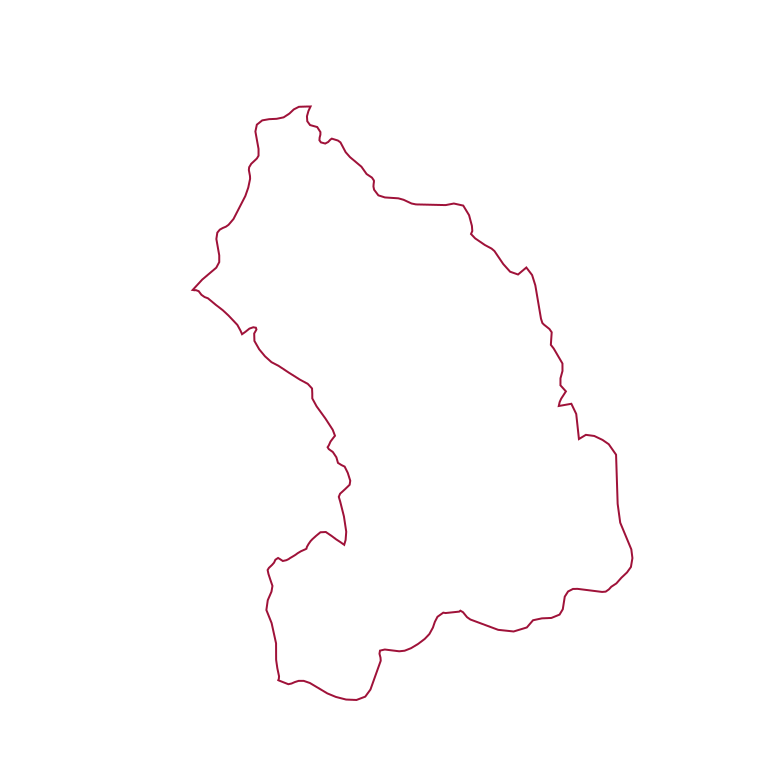 SVG path tracing the border of Eastern, rotated 341°
{"feature_id": "RWA-3493", "entity_name": "Eastern", "entity_type": "Province", "adm_level": 1, "iso_a3": "RWA", "parent_name": "Rwanda", "parent_adm1": "", "projection": "mercator", "projection_center": [30.365, -1.745], "detail": "fine", "context": "isolated", "style": "outline", "palette": "rose", "viewbox_px": 768, "rotation_deg": 341, "n_neighbors": 0, "source": "natural_earth", "source_scale": "10m", "svg_char_len": 3348}
<svg xmlns="http://www.w3.org/2000/svg" viewBox="0 0 768 768"><g transform="rotate(341 384 384)"><path d="M381.0,623.7L367.6,620.6L365.6,619.5L358.8,621.5L354.7,625.4L352.9,627.7L351.0,630.2L345.5,635.2L339.5,638.3L331.5,640.9L323.5,642.6L316.7,642.9L311.4,641.7L298.3,635.3L293.4,634.8L291.9,637.6L291.6,641.6L290.8,644.6L271.7,668.5L264.5,673.5L255.1,673.8L245.4,670.0L236.6,664.2L229.7,658.1L216.6,642.6L211.5,638.6L206.6,636.9L202.6,636.8L199.0,637.1L195.8,636.7L188.3,630.3L187.6,629.6L188.6,628.5L189.1,627.3L189.6,626.2L190.6,618.1L192.1,610.2L192.3,609.4L192.5,608.8L197.5,594.1L199.9,573.4L199.2,559.4L203.7,550.6L210.0,543.7L212.8,538.6L212.8,533.7L212.9,526.1L213.4,522.0L215.3,520.4L219.3,518.6L221.9,517.1L224.1,514.8L227.2,514.0L228.7,515.8L230.7,518.4L234.3,518.8L236.9,518.5L238.1,518.1L239.5,517.8L242.0,517.3L244.7,516.7L247.2,515.9L251.0,515.1L254.4,514.8L255.6,514.7L257.0,514.5L258.1,512.9L260.6,510.7L263.5,508.6L266.0,507.3L270.5,505.4L275.6,503.5L280.8,505.0L285.2,510.9L288.1,515.2L291.3,519.3L294.0,523.1L296.9,519.0L300.2,511.4L303.0,496.2L304.3,480.9L304.5,476.0L306.8,473.4L312.9,470.8L318.7,468.1L320.6,464.5L320.8,456.2L319.9,449.3L317.4,446.8L314.8,443.6L315.1,437.8L313.5,431.7L310.6,427.6L310.1,425.4L311.8,424.1L314.7,421.0L318.4,418.5L320.8,417.0L320.6,410.6L317.4,397.7L313.0,383.2L311.5,374.3L313.1,369.6L314.5,364.8L312.0,359.1L306.0,352.6L297.8,342.4L290.2,332.5L284.7,326.7L280.5,319.1L277.3,310.6L275.5,301.1L277.7,294.0L281.1,291.0L281.2,289.1L278.9,287.8L274.8,287.8L269.8,289.6L266.0,290.7L265.7,286.9L264.6,280.4L262.8,276.4L259.2,268.5L255.5,261.6L250.8,254.5L245.4,245.6L242.7,243.4L240.4,240.2L239.0,235.9L236.7,234.0L235.4,233.7L233.7,232.8L246.1,226.1L263.3,219.4L267.9,215.1L270.1,208.7L272.7,192.3L275.7,186.6L279.0,184.6L282.4,184.0L285.7,183.8L288.8,182.9L295.4,179.0L314.1,161.1L319.6,154.1L324.2,146.4L325.0,143.7L325.9,137.6L327.1,135.1L328.6,133.9L330.1,132.6L337.2,129.4L339.7,127.3L341.9,120.9L344.6,103.4L348.2,97.4L354.7,95.1L361.6,96.2L368.8,98.3L375.9,99.2L382.6,97.5L388.1,95.0L393.8,94.2L400.3,96.2L404.9,97.7L401.5,101.2L398.3,105.8L397.0,110.6L398.4,115.1L404.5,119.3L405.9,125.1L405.0,127.6L403.4,130.0L402.3,132.5L403.0,135.0L406.7,137.5L410.0,137.0L412.8,135.5L414.5,135.0L419.7,138.8L421.5,141.4L423.2,152.3L425.7,158.4L433.4,171.2L435.9,179.8L439.8,184.9L440.7,188.3L440.3,189.6L439.3,191.5L438.3,193.9L437.9,197.1L440.1,203.8L445.6,207.9L458.0,213.1L462.5,216.2L468.8,222.3L472.7,224.6L500.5,234.9L508.8,236.1L517.0,241.1L519.4,252.1L518.6,263.1L517.3,268.1L515.1,270.5L517.6,276.0L524.6,285.4L529.8,291.0L531.7,294.2L535.8,309.4L539.8,318.9L546.4,324.1L556.5,320.2L559.5,329.2L559.2,340.0L553.7,373.3L553.6,377.9L554.6,380.0L558.3,385.8L559.4,389.7L554.5,401.3L556.0,405.7L559.4,422.7L557.0,429.8L552.7,436.1L550.4,442.7L553.6,450.2L546.7,455.6L544.2,458.3L542.1,461.7L554.7,463.7L556.0,474.9L550.4,499.5L558.3,497.8L565.9,501.6L572.4,508.0L576.9,514.1L580.4,526.4L565.9,573.4L562.2,592.0L564.0,620.9L562.2,629.5L557.9,637.4L552.4,641.3L545.3,644.5L538.8,648.2L532.9,649.7L529.8,651.4L526.0,652.5L522.5,651.6L500.5,640.8L496.0,639.3L490.5,640.1L485.7,643.9L479.7,655.2L474.9,659.2L466.1,659.7L457.0,657.0L448.0,655.9L439.8,660.7L426.0,660.2L411.9,653.6L389.0,634.8L386.6,631.5L384.4,625.5L382.4,623.2L381.0,623.7Z" fill="none" stroke="#9f1239" stroke-width="2"/></g></svg>